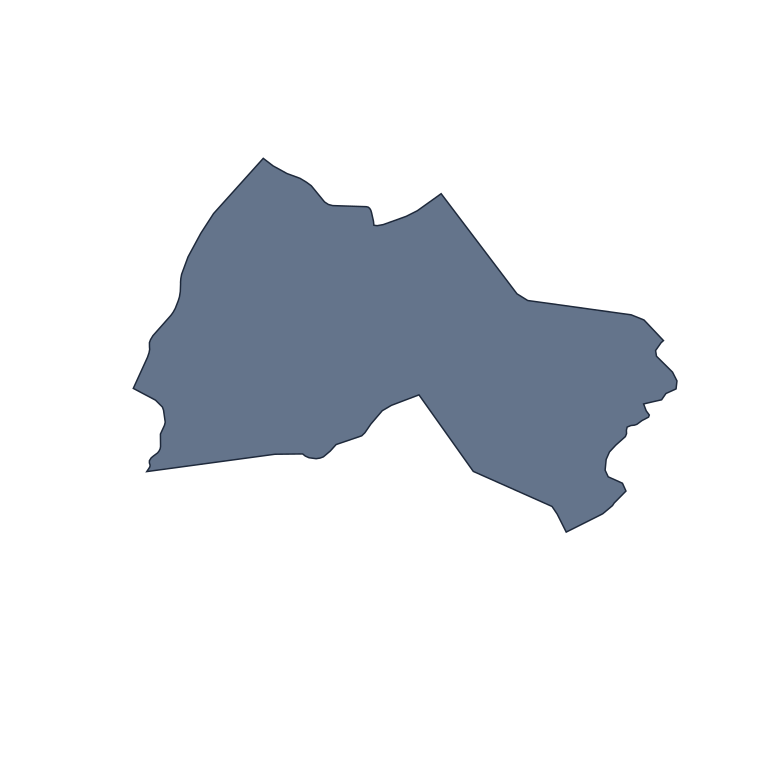 the Region of Fromager, rotated 46°
{"feature_id": "CIV-3445", "entity_name": "Fromager", "entity_type": "Region", "adm_level": 1, "iso_a3": "CIV", "parent_name": "Ivory Coast", "parent_adm1": "", "projection": "natural_earth1", "projection_center": [-5.843, 6.159], "detail": "fine", "context": "isolated", "style": "filled", "palette": "slate", "viewbox_px": 768, "rotation_deg": 46, "n_neighbors": 0, "source": "natural_earth", "source_scale": "10m", "svg_char_len": 1562}
<svg xmlns="http://www.w3.org/2000/svg" viewBox="0 0 768 768"><g transform="rotate(46 384 384)"><path d="M518.6,152.5L546.2,152.8L546.9,152.8L546.8,156.1L548.6,165.4L553.3,168.7L575.9,168.2L585.3,171.1L590.4,177.3L586.7,187.8L588.2,195.3L584.0,202.2L578.7,211.1L585.4,214.0L590.6,214.7L591.6,216.7L589.5,223.9L588.7,230.1L587.6,232.4L585.4,235.2L583.9,239.0L585.6,241.7L588.2,244.0L589.5,246.9L589.0,259.8L589.5,269.0L592.6,276.6L599.6,284.8L606.5,287.2L621.0,281.4L629.1,284.3L629.5,301.1L630.2,304.1L629.3,316.8L617.1,355.8L597.9,349.8L588.8,348.2L508.9,380.5L416.1,366.4L404.5,393.5L402.0,403.8L403.7,421.3L405.8,431.6L405.8,436.0L394.3,460.5L394.9,469.2L394.3,478.2L392.9,481.4L390.6,484.7L384.9,489.2L381.1,490.7L377.8,491.1L358.8,511.2L282.2,615.5L281.0,610.1L279.9,608.6L277.8,607.6L276.2,606.0L275.4,602.8L275.6,600.0L276.3,594.7L275.9,592.2L275.1,590.0L273.8,588.2L264.7,579.6L261.2,570.6L259.5,567.9L249.7,560.8L246.6,559.4L236.9,559.6L213.0,567.4L200.5,535.6L198.3,531.3L196.3,528.5L194.6,527.1L191.3,524.0L189.9,521.1L188.7,516.6L186.6,489.6L185.9,485.8L184.6,481.6L181.3,474.4L179.3,470.7L176.0,466.3L170.6,460.7L169.5,459.7L167.1,457.0L164.5,453.4L156.4,436.6L148.3,411.0L143.0,388.2L137.8,314.1L150.0,312.3L165.2,307.6L177.8,301.5L185.0,299.6L190.9,298.6L211.7,300.3L216.2,299.3L220.0,297.0L244.1,273.6L245.8,272.5L247.8,272.3L249.9,272.8L251.9,273.8L259.6,278.5L262.8,281.0L265.4,278.9L268.8,273.8L278.8,251.6L282.5,239.7L286.8,210.7L411.5,225.7L423.8,222.6L506.0,158.1L518.6,152.5Z" fill="#64748b" stroke="#1e293b" stroke-width="1.5"/></g></svg>